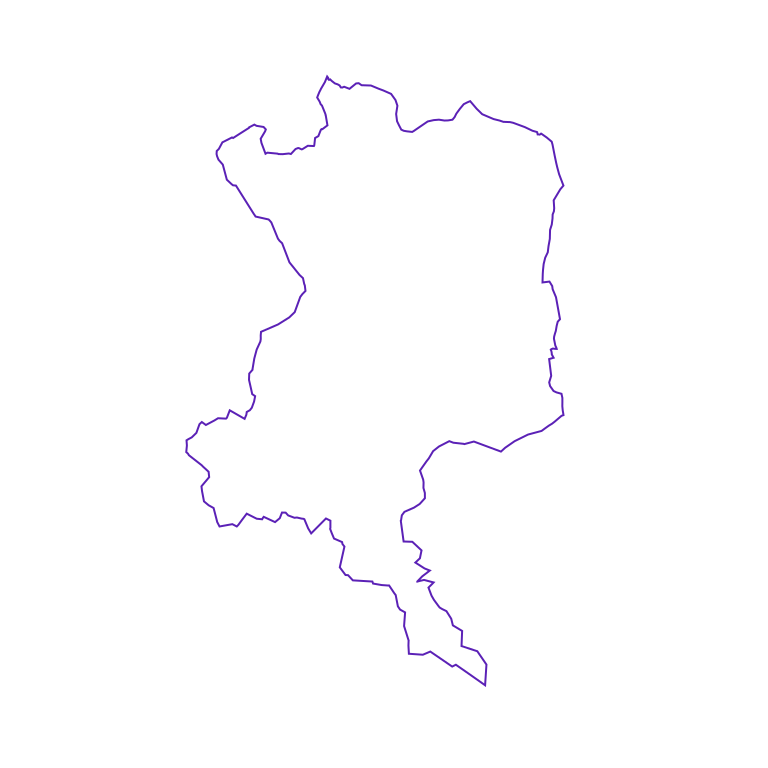 Kubau, Kaduna, Nigeria, rotated 352°
{"feature_id": "59680162B90439441381954", "entity_name": "Kubau", "entity_type": "district", "adm_level": 2, "iso_a3": "NGA", "parent_name": "Nigeria", "parent_adm1": "Kaduna", "projection": "robinson", "projection_center": [8.343, 10.814], "detail": "fine", "context": "isolated", "style": "outline", "palette": "violet", "viewbox_px": 768, "rotation_deg": 352, "n_neighbors": 0, "source": "geoboundaries", "source_scale": "gbopen_adm2", "svg_char_len": 4781}
<svg xmlns="http://www.w3.org/2000/svg" viewBox="0 0 768 768"><g transform="rotate(352 384 384)"><path d="M490.4,467.2L495.1,464.0L505.4,458.8L519.6,454.1L533.5,452.4L537.4,450.3L541.4,448.2L544.9,446.7L547.7,445.1L555.4,440.2L557.4,439.8L557.4,438.0L557.3,435.1L557.5,430.8L558.1,426.9L558.7,422.6L558.4,418.4L553.6,416.3L550.9,414.5L548.2,409.2L547.8,405.4L550.7,399.2L551.0,382.3L555.6,381.6L555.0,380.1L554.8,379.4L554.4,378.5L554.3,378.2L554.4,376.2L554.3,374.7L553.9,373.3L554.3,373.0L554.5,372.8L555.0,372.7L556.2,372.4L556.5,372.5L558.0,372.9L559.9,373.3L559.9,373.2L559.6,371.6L559.0,369.8L558.6,362.8L559.1,360.7L560.3,357.9L561.5,355.4L563.1,350.4L564.7,346.5L567.3,344.3L566.4,322.0L564.2,313.6L564.2,310.4L562.1,305.6L555.1,305.5L556.5,297.3L557.3,293.4L558.8,287.4L561.2,281.4L564.5,276.4L566.1,270.4L568.4,263.4L569.9,254.5L572.3,249.5L573.9,243.6L574.6,239.6L576.3,236.6L577.0,233.6L577.6,225.7L584.0,217.8L585.7,215.7L589.3,212.5L586.6,200.6L585.7,193.4L585.3,189.1L584.8,181.7L584.2,170.5L583.8,167.4L579.5,162.6L575.0,158.4L574.4,157.9L573.4,158.5L572.8,158.7L572.1,158.5L571.4,158.2L570.9,158.2L570.7,155.9L570.4,155.7L566.3,153.9L559.2,149.2L556.6,147.8L548.2,143.3L545.3,142.2L538.7,141.0L535.1,139.2L529.4,136.9L518.8,130.5L514.1,124.4L508.7,115.9L505.7,116.7L501.9,118.0L497.4,122.1L493.3,126.3L491.1,129.5L488.6,131.8L484.1,131.9L480.5,131.5L475.2,129.9L469.9,129.6L463.8,130.1L453.7,135.1L448.7,137.6L447.0,138.3L441.9,137.0L438.8,136.0L436.5,134.5L434.8,129.7L433.5,125.6L433.6,118.3L436.0,110.3L434.9,104.4L431.4,97.7L424.3,93.3L419.7,90.8L412.6,86.6L403.4,85.0L400.8,82.6L398.2,82.5L390.9,86.9L385.9,84.1L384.0,84.6L382.5,84.3L381.6,82.2L379.8,80.8L377.2,79.5L374.5,76.7L373.0,74.8L371.9,75.2L371.2,74.3L371.3,73.0L370.5,71.6L367.5,76.8L362.6,83.0L361.7,84.4L360.8,85.6L358.9,88.8L357.7,91.0L359.6,95.5L360.2,98.1L361.3,99.6L361.9,101.9L363.4,107.9L363.7,109.7L363.6,109.9L363.7,110.2L364.0,120.0L358.4,123.1L357.6,122.9L357.4,123.1L356.8,123.6L355.8,125.3L353.5,129.4L350.0,130.8L348.2,137.8L347.8,138.5L347.7,138.6L341.7,137.5L335.9,140.1L335.1,140.2L332.4,138.5L331.6,138.4L329.1,139.0L323.8,143.3L321.9,142.5L315.6,142.3L311.4,141.6L310.8,141.1L300.7,138.7L298.7,139.5L296.2,128.2L296.0,124.0L301.2,117.5L301.5,117.1L302.4,115.4L300.5,112.7L293.7,110.6L291.7,109.1L286.1,111.1L285.9,111.6L276.2,116.0L268.8,119.4L267.8,118.7L257.6,122.2L253.2,128.2L250.8,130.0L250.2,132.9L250.4,135.2L251.3,138.8L254.9,144.3L256.8,159.8L260.8,164.8L262.1,166.2L265.0,166.9L278.8,197.6L279.2,198.4L279.3,198.5L280.1,200.3L292.6,205.0L293.4,206.0L294.9,208.3L298.5,222.5L299.2,225.3L300.5,227.7L302.7,230.4L307.3,250.4L315.5,264.2L318.5,267.9L318.9,273.7L319.3,275.4L319.2,280.9L315.7,283.6L313.2,286.1L305.6,300.4L299.4,304.9L287.3,310.3L269.5,315.2L268.7,318.6L268.2,322.4L267.5,324.7L262.7,332.2L259.1,340.7L255.8,351.2L255.8,351.6L252.0,354.9L250.9,361.1L251.3,365.8L252.1,375.7L254.7,378.1L252.9,383.3L249.8,389.1L247.5,391.3L244.2,392.6L243.4,395.3L241.1,399.1L227.6,388.6L223.7,395.6L222.7,396.3L214.9,394.8L211.0,396.5L201.9,399.8L201.0,398.9L198.3,396.3L195.7,398.1L191.4,406.3L186.2,410.1L182.6,411.4L180.6,412.3L180.3,416.9L180.2,417.7L178.8,423.5L178.7,423.9L180.2,425.7L180.9,427.4L192.2,439.1L193.1,440.4L198.1,446.5L197.9,451.9L189.0,459.9L188.9,464.7L189.4,475.2L193.5,479.7L198.0,483.1L198.7,489.2L199.5,496.3L199.6,497.4L201.3,502.2L214.3,501.7L218.4,504.6L220.2,503.2L224.2,499.1L230.0,493.3L239.2,499.7L244.5,501.0L245.4,499.8L245.5,499.7L246.2,499.0L246.4,498.8L256.9,505.6L262.1,502.4L265.1,497.1L268.7,497.7L270.8,500.8L276.7,504.0L279.2,504.1L283.6,505.8L285.5,506.3L286.3,506.8L288.7,516.0L288.8,516.4L291.1,521.8L295.3,518.6L307.8,509.1L311.9,511.9L310.9,519.0L310.5,520.0L311.5,524.4L313.0,530.1L320.5,534.7L320.6,536.7L322.2,539.5L314.7,559.4L319.3,567.8L321.8,568.3L325.8,574.1L345.0,578.0L345.4,580.1L353.8,582.8L359.9,584.1L361.0,584.2L365.0,592.5L366.0,594.3L366.2,594.6L366.8,606.1L368.5,609.6L373.1,613.1L370.2,626.5L372.7,641.6L372.6,641.8L371.8,646.4L371.1,654.6L384.8,657.5L392.6,655.4L412.2,673.3L416.1,672.0L432.1,686.9L442.2,696.4L446.4,676.1L439.2,661.6L436.5,660.3L424.3,654.3L427.0,639.4L418.6,632.6L417.9,625.8L414.2,617.6L410.2,614.9L408.0,613.1L406.9,611.2L403.4,604.7L401.6,600.2L399.7,591.8L404.0,588.6L405.5,587.4L396.4,583.6L391.9,584.0L389.5,584.3L389.5,584.2L390.4,583.5L395.1,579.8L403.4,575.1L398.5,572.3L390.2,565.2L395.3,561.6L398.0,554.0L390.1,544.2L381.5,542.7L381.6,521.7L381.9,521.4L383.4,516.5L386.5,513.4L396.5,510.6L402.6,507.8L404.8,506.0L408.6,502.8L409.3,497.6L408.6,492.4L409.5,486.9L409.5,484.2L407.6,474.7L415.2,466.6L418.0,463.9L420.5,460.8L423.3,457.3L429.8,453.5L440.7,449.7L444.5,451.8L454.4,454.3L455.2,454.7L465.0,453.5L490.4,467.2Z" fill="none" stroke="#5b21b6" stroke-width="2"/></g></svg>